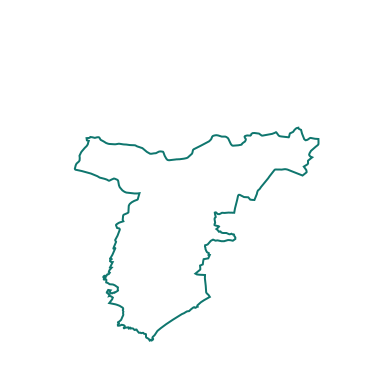 outline of Quynh Luu, Nghệ An, Vietnam, rotated 57°
{"feature_id": "81297802B4221517004962", "entity_name": "Quynh Luu", "entity_type": "district", "adm_level": 2, "iso_a3": "VNM", "parent_name": "Vietnam", "parent_adm1": "Nghệ An", "projection": "equal_earth", "projection_center": [105.608, 19.233], "detail": "fine", "context": "isolated", "style": "outline", "palette": "teal", "viewbox_px": 384, "rotation_deg": 57, "n_neighbors": 0, "source": "geoboundaries", "source_scale": "gbopen_adm2", "svg_char_len": 6090}
<svg xmlns="http://www.w3.org/2000/svg" viewBox="0 0 384 384"><g transform="rotate(57 192 192)"><path d="M240.1,321.9L244.5,317.4L245.8,316.3L248.0,314.7L251.4,313.1L252.7,313.4L253.2,314.2L253.7,314.5L254.9,314.7L255.9,315.7L257.4,316.4L258.0,317.0L258.7,318.2L260.6,321.0L261.0,323.4L260.9,324.9L261.1,325.1L261.9,324.8L262.4,324.8L262.6,325.2L262.7,326.3L263.7,326.9L264.3,326.2L264.9,324.6L265.0,323.4L266.2,322.1L266.9,321.6L267.6,321.4L268.1,321.6L268.6,322.0L268.7,323.1L269.1,323.3L269.3,323.2L269.4,322.3L269.7,321.4L270.9,319.0L271.4,318.8L271.7,319.4L272.0,319.4L272.0,318.1L272.1,317.7L272.6,317.5L273.1,317.8L273.6,316.7L274.1,316.1L274.6,315.7L276.0,315.5L276.4,315.3L276.7,315.0L276.7,314.2L276.9,313.7L277.3,313.4L278.5,313.5L281.1,313.2L281.9,311.9L282.7,311.5L283.3,310.0L283.6,309.6L284.8,309.4L285.9,308.2L286.2,308.1L288.5,309.5L289.2,309.6L291.6,308.3L293.5,308.4L293.5,307.1L293.7,306.9L294.4,307.0L294.6,306.7L294.5,305.2L294.3,304.8L293.9,304.6L292.9,304.8L292.2,303.9L291.7,301.3L289.7,296.7L289.2,292.3L288.8,285.7L288.7,277.7L288.9,267.0L289.3,264.6L289.3,263.0L289.4,261.2L290.3,259.3L289.8,256.5L289.6,253.8L289.8,252.9L290.1,252.7L290.8,252.5L291.0,252.2L291.1,251.9L290.9,250.9L291.3,249.7L291.0,249.6L290.3,249.5L290.0,249.1L289.3,244.5L289.3,240.6L289.7,234.2L287.5,234.2L285.0,234.8L284.1,234.8L283.6,234.6L278.2,231.6L271.4,228.2L268.7,226.3L265.3,231.0L263.8,232.8L262.3,233.6L261.6,227.6L261.2,227.0L258.1,225.3L258.6,222.4L255.9,220.1L254.7,218.8L256.5,214.5L254.5,211.4L253.7,212.4L252.5,211.2L250.6,212.2L249.0,212.1L247.0,211.7L246.1,211.1L244.9,210.9L243.8,210.0L244.3,208.6L244.5,207.4L243.2,202.8L243.4,200.3L245.6,198.8L246.5,196.9L249.4,194.0L250.3,192.5L250.7,192.0L251.8,188.3L252.3,187.4L253.2,186.2L255.1,184.3L255.0,181.3L253.7,180.4L252.0,180.5L250.7,180.0L250.2,180.1L249.8,181.0L248.5,181.6L248.1,183.2L247.7,183.8L245.1,185.5L243.3,188.3L242.0,189.5L240.6,189.6L240.3,190.0L240.1,191.0L237.6,191.3L236.4,191.7L236.4,190.7L236.2,190.5L235.7,188.2L235.2,188.3L232.8,190.7L232.0,191.1L231.2,190.6L230.5,189.4L226.9,187.8L226.3,187.1L225.9,185.7L222.9,184.7L221.7,184.1L221.8,183.5L222.2,183.0L224.3,182.5L225.1,181.7L225.5,181.0L225.8,178.1L227.3,176.1L229.1,172.7L232.4,167.9L229.1,164.8L223.1,158.3L220.4,155.6L219.9,154.7L219.9,154.2L220.4,153.5L224.6,151.1L227.1,147.7L230.1,147.3L231.4,145.8L232.7,144.0L229.0,138.7L227.7,137.4L226.7,136.0L226.3,133.5L225.4,131.4L222.0,120.7L221.1,118.5L218.5,111.0L218.4,110.3L218.8,109.4L222.1,104.5L223.2,102.1L224.0,100.9L225.2,99.7L238.4,90.3L237.9,85.3L237.8,85.1L237.0,84.6L235.7,84.2L231.6,84.4L231.7,80.2L231.6,79.8L231.1,79.0L229.1,77.8L228.9,77.5L228.4,72.3L226.7,73.4L225.4,73.6L224.6,73.5L223.6,72.4L222.3,69.8L221.4,63.6L221.2,61.3L221.0,60.4L220.6,59.8L219.0,58.7L216.4,57.1L214.3,59.9L211.3,63.0L211.1,63.4L211.0,64.0L211.1,66.7L210.7,68.0L210.5,68.5L210.1,68.7L208.8,69.1L202.9,67.9L199.3,66.7L197.6,67.8L196.7,68.1L196.0,67.8L195.4,69.5L195.4,70.4L195.8,72.4L196.6,74.3L196.6,74.9L196.2,77.9L196.6,78.5L198.6,80.6L198.8,81.1L194.1,86.8L193.0,88.0L192.1,88.5L191.6,88.6L188.1,88.8L187.6,89.0L187.5,90.2L186.9,93.1L183.1,102.2L182.8,102.6L182.4,102.9L179.5,104.0L176.6,107.4L175.7,108.9L175.6,110.4L176.4,111.6L176.5,112.3L174.6,115.0L174.1,116.5L174.0,117.2L174.3,117.8L175.3,118.1L176.6,118.0L177.2,118.2L177.7,118.7L178.5,120.0L178.6,122.7L178.9,124.1L179.2,124.4L179.2,124.9L178.1,127.6L175.5,132.4L175.1,132.8L174.5,133.1L172.9,133.3L167.0,132.5L166.1,132.6L164.5,133.3L163.6,134.0L161.7,136.9L158.8,139.3L157.8,140.4L157.2,141.4L156.6,143.0L156.4,144.2L156.7,145.1L158.0,146.9L158.4,148.0L158.8,150.1L158.0,159.1L157.1,167.3L157.2,167.8L157.4,168.4L159.3,170.3L159.9,171.3L160.8,176.9L160.6,178.1L159.7,180.5L157.7,184.7L156.3,187.0L152.9,193.9L152.4,194.5L151.7,195.1L150.1,195.4L146.8,195.2L143.3,194.4L142.5,194.4L141.7,195.2L140.6,196.6L140.1,197.9L139.8,201.1L138.7,203.2L137.9,205.1L137.1,206.3L133.8,208.0L128.2,209.7L123.8,213.2L122.1,214.1L121.6,214.6L118.9,218.4L116.4,221.3L114.8,223.5L112.1,226.5L111.6,227.2L110.3,230.2L109.7,231.1L106.8,235.0L106.0,235.9L104.2,237.3L101.4,238.6L98.7,240.1L98.2,240.2L96.2,240.1L95.6,240.2L95.2,240.5L94.5,241.6L93.7,244.0L91.9,245.7L90.5,247.3L90.8,248.0L90.6,248.9L89.4,251.1L91.4,252.0L92.9,250.7L93.8,251.9L95.3,253.5L96.1,255.3L96.6,257.9L98.0,262.6L98.4,263.5L100.3,266.6L102.3,267.6L104.2,269.0L104.8,270.1L105.3,273.3L105.6,273.9L106.3,275.0L108.7,277.6L109.4,277.7L109.9,277.5L114.3,273.1L121.5,266.7L127.3,262.7L129.6,261.6L133.4,258.1L135.2,256.7L137.1,255.7L137.5,255.1L137.8,252.3L138.2,250.1L139.1,249.3L141.1,248.0L141.9,247.8L142.5,247.9L146.6,249.6L148.7,250.0L152.7,249.5L155.1,248.5L156.7,247.4L162.1,240.8L163.7,238.2L164.4,236.7L168.6,241.5L168.7,242.0L168.0,245.3L167.8,248.2L168.1,250.6L168.6,251.7L169.2,252.6L174.4,256.4L174.6,257.3L173.9,261.4L173.9,261.9L174.5,262.8L177.5,265.2L179.2,265.5L178.2,269.1L178.0,270.3L178.0,272.9L178.3,273.7L178.7,273.9L181.4,274.4L182.9,272.9L183.4,272.8L184.3,273.1L188.1,278.3L190.4,282.5L191.0,282.8L192.4,282.8L192.7,283.2L195.9,287.9L196.6,288.7L196.8,288.7L197.0,288.5L196.8,287.3L196.9,287.1L197.4,287.0L197.6,287.3L201.3,292.9L202.8,295.9L203.2,297.0L203.4,297.1L204.3,295.9L204.5,295.9L204.7,297.4L205.0,298.1L205.4,298.4L206.7,297.9L207.6,296.7L210.6,301.8L211.7,300.6L212.5,303.5L213.0,304.4L213.8,305.4L214.9,304.9L215.4,306.1L215.5,306.8L215.1,307.3L215.0,308.1L215.6,309.1L215.7,309.7L214.8,310.6L214.6,311.0L214.6,311.9L215.0,312.7L215.4,312.7L216.4,311.2L216.7,311.1L216.9,311.3L216.9,311.7L216.9,313.2L217.1,313.5L217.5,313.5L217.7,313.3L218.0,312.3L218.3,311.9L219.1,311.7L221.1,313.2L222.6,312.1L224.5,311.3L226.5,308.7L228.1,307.6L231.7,306.1L233.0,307.2L234.3,307.7L234.4,308.5L234.3,310.8L234.0,311.4L234.3,311.9L234.2,312.2L233.6,312.8L233.5,314.2L232.8,314.9L231.9,315.2L230.5,315.2L230.1,313.9L228.5,315.6L229.7,318.1L230.1,318.3L231.1,317.5L231.4,317.4L231.8,317.7L232.1,317.7L232.9,317.0L233.2,317.0L234.1,318.3L234.3,317.6L234.8,317.2L235.7,316.6L237.4,315.9L238.5,317.4L240.1,321.9Z" fill="none" stroke="#0f766e" stroke-width="2"/></g></svg>